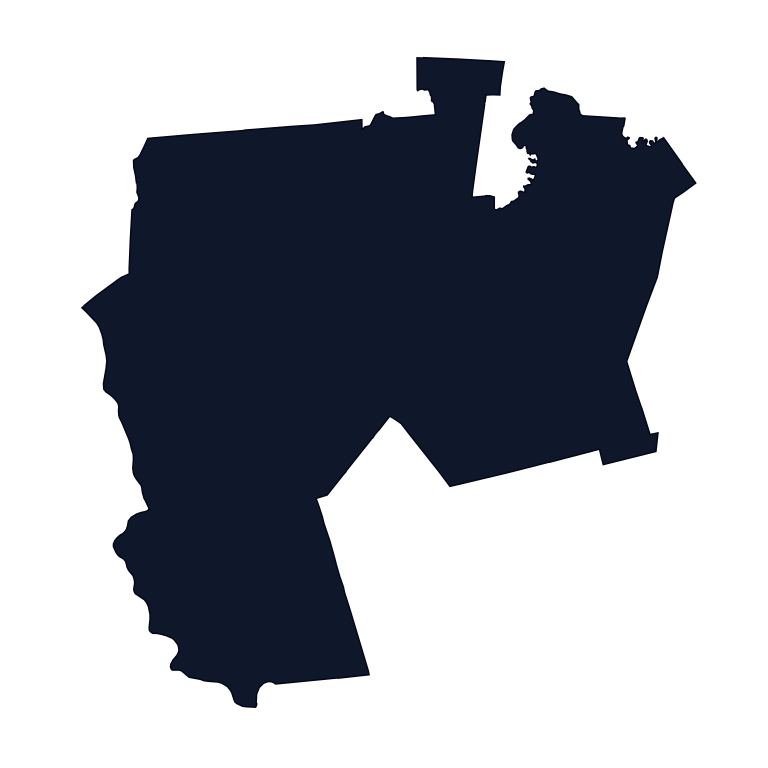 Sacosu Turcesc, Timis, Romania (Mercator projection), rotated 272°
{"feature_id": "2599482B45296566917183", "entity_name": "Sacosu Turcesc", "entity_type": "district", "adm_level": 2, "iso_a3": "ROU", "parent_name": "Romania", "parent_adm1": "Timis", "projection": "mercator", "projection_center": [21.404, 45.631], "detail": "fine", "context": "isolated", "style": "filled", "palette": "ink", "viewbox_px": 768, "rotation_deg": 272, "n_neighbors": 0, "source": "geoboundaries", "source_scale": "gbopen_adm2", "svg_char_len": 6114}
<svg xmlns="http://www.w3.org/2000/svg" viewBox="0 0 768 768"><g transform="rotate(272 384 384)"><path d="M639.8,654.4L639.0,653.9L638.3,652.1L637.3,650.5L636.1,650.0L635.7,649.6L635.6,649.2L635.7,648.6L636.4,648.1L639.4,648.2L639.9,647.9L639.9,646.9L639.0,646.3L635.4,647.2L634.5,647.3L633.8,646.7L633.9,645.7L636.2,643.8L636.4,642.6L636.3,641.7L635.6,641.0L634.1,641.1L632.4,642.5L631.2,642.9L630.4,642.6L630.2,642.0L631.3,638.1L631.6,637.7L632.8,637.6L635.6,638.6L637.3,638.1L637.7,637.6L637.7,636.7L636.3,635.6L635.8,634.4L636.4,633.7L638.4,634.5L638.8,634.3L639.1,633.6L639.1,631.1L638.7,630.6L634.8,629.2L634.5,627.6L634.1,627.5L633.5,627.7L631.7,629.2L630.7,629.1L628.3,626.5L628.1,625.1L628.3,624.2L628.3,622.9L628.9,622.0L631.0,621.2L631.1,619.8L632.1,618.9L635.6,618.3L636.5,618.5L638.0,620.4L638.6,620.4L639.2,619.1L637.9,617.6L638.1,616.6L639.4,614.4L641.6,612.9L643.7,612.9L649.2,613.8L649.8,614.4L651.1,614.7L657.9,615.6L658.2,615.2L657.9,611.6L659.0,573.0L660.6,570.6L664.3,569.6L664.8,569.1L670.3,568.8L670.6,568.0L677.3,561.9L677.8,560.9L679.4,554.7L679.5,552.9L680.2,549.1L681.7,543.6L682.5,537.4L685.2,533.7L684.4,530.8L683.2,529.8L682.7,528.8L682.2,525.6L681.2,524.9L676.7,523.9L676.1,521.3L675.6,520.6L674.9,520.3L673.2,520.6L670.9,521.4L669.5,520.5L668.9,520.4L667.3,521.8L664.7,522.6L662.5,524.3L660.7,523.8L659.1,524.2L658.7,523.5L658.3,520.8L657.7,519.9L652.9,515.5L650.0,512.0L649.2,510.5L647.7,508.9L645.0,506.4L642.8,504.7L637.6,503.3L633.2,503.7L631.3,504.4L627.6,507.9L624.9,509.8L624.2,511.1L624.2,512.5L625.0,514.1L626.8,515.0L627.5,516.2L627.4,516.9L627.1,517.5L626.1,518.0L624.8,517.9L623.7,518.8L621.2,518.9L619.6,519.6L619.4,521.1L619.1,521.6L618.0,522.2L619.4,523.3L619.2,524.4L619.6,527.1L619.4,527.7L618.8,528.3L614.1,530.4L613.6,530.3L612.5,529.4L612.1,528.6L612.1,528.0L612.7,527.2L614.0,526.9L613.9,526.4L613.1,525.4L613.0,524.7L614.5,521.8L614.5,521.0L614.2,520.8L612.7,522.7L611.4,523.2L610.9,524.2L610.3,524.7L610.1,525.2L610.7,527.0L610.8,527.8L610.0,528.9L609.3,529.6L608.5,529.7L606.1,529.1L605.6,528.2L606.4,526.5L605.8,523.7L606.7,522.4L606.8,521.9L606.7,521.2L606.0,520.5L600.8,518.7L600.4,518.9L599.9,519.7L600.5,521.4L600.5,522.0L599.3,523.2L598.9,524.6L598.8,527.1L598.3,527.8L597.8,528.0L596.3,527.6L594.0,526.8L593.2,526.3L593.2,525.2L594.0,524.2L594.8,522.2L594.5,520.9L593.8,520.9L591.8,523.3L590.6,524.0L588.9,524.2L588.2,523.2L588.2,521.6L587.9,520.4L586.5,518.1L586.7,516.8L585.9,516.7L585.0,517.5L583.2,518.4L581.1,518.1L580.6,517.7L580.5,516.6L581.3,514.7L581.4,513.4L581.3,513.0L580.5,511.8L579.5,511.7L577.8,512.4L576.3,512.4L575.0,512.1L573.0,510.5L573.6,510.3L571.3,507.5L570.8,505.0L567.9,503.4L566.5,500.3L563.6,496.8L563.3,495.5L563.7,493.9L563.7,493.4L562.0,490.8L562.0,489.5L562.6,488.1L574.7,487.7L575.8,483.3L575.8,479.9L575.1,477.3L573.7,465.5L573.9,465.5L579.2,465.7L602.6,468.0L663.0,474.4L666.9,474.8L668.4,474.7L670.2,475.3L673.5,475.5L673.8,475.7L676.3,475.6L676.9,482.4L676.9,489.7L684.9,489.8L700.8,491.6L710.2,493.0L710.6,481.2L711.3,445.6L711.5,412.0L711.1,411.9L711.1,405.6L679.4,406.9L678.4,407.4L679.4,408.9L680.1,411.6L680.1,412.6L679.5,413.5L679.2,414.8L680.0,417.5L678.2,419.0L677.2,419.6L674.4,420.3L673.1,421.4L671.8,421.6L669.1,421.6L667.9,422.3L667.8,423.4L665.3,424.6L654.8,426.0L653.2,412.7L652.8,410.1L651.1,397.1L649.9,383.5L651.4,380.2L652.3,376.8L653.3,374.7L654.1,374.0L655.6,373.8L655.9,373.6L656.0,373.2L653.9,369.9L653.1,366.8L651.6,365.8L643.5,362.1L642.0,361.1L641.3,360.0L640.4,356.1L637.6,353.4L637.5,353.1L647.4,352.6L640.5,305.8L638.2,282.9L633.5,241.7L632.9,236.2L632.3,234.1L626.7,184.6L621.2,139.4L612.9,136.0L604.4,132.2L602.4,130.9L601.3,129.8L599.6,126.6L598.7,125.9L591.6,126.4L583.7,128.4L576.3,129.6L576.2,130.2L571.1,130.6L567.0,130.4L562.6,132.3L560.7,132.6L558.9,132.4L557.7,131.5L555.9,129.3L554.1,128.6L551.8,128.3L549.9,127.0L549.4,126.1L521.8,125.5L490.1,125.3L485.2,125.6L481.5,118.0L478.8,114.3L463.2,94.5L452.1,81.8L451.3,81.3L449.6,79.5L445.6,84.0L435.0,94.8L430.7,97.6L424.0,100.3L418.4,101.9L413.4,102.6L402.8,105.4L397.2,106.2L389.7,105.7L374.6,103.6L369.0,104.2L366.4,106.4L363.9,110.4L360.7,114.4L357.2,117.6L355.0,119.0L352.2,119.8L348.3,119.6L343.3,120.1L341.1,120.8L336.2,123.5L320.5,130.7L316.1,132.4L310.3,133.9L305.1,135.8L300.3,136.2L290.7,135.9L285.8,136.8L283.5,137.8L280.5,139.7L274.1,144.9L271.8,145.6L267.4,146.3L261.1,148.3L258.9,149.7L251.6,153.4L250.1,153.2L249.1,151.9L248.1,149.9L247.3,146.4L245.7,141.9L242.3,136.5L241.7,135.9L238.3,133.4L232.9,132.6L229.3,131.5L226.5,129.4L224.8,127.5L224.1,126.0L222.6,124.3L220.6,122.3L218.1,120.5L215.0,119.2L212.0,119.3L206.8,121.8L203.8,124.0L202.4,125.6L200.1,129.8L198.2,131.6L196.7,132.3L192.1,133.6L189.7,134.8L187.6,136.3L183.7,139.9L180.0,141.2L177.9,141.6L175.6,141.7L170.5,141.1L168.8,141.3L166.6,142.2L165.5,143.2L160.1,152.0L157.4,154.3L153.2,156.4L145.6,158.2L140.6,158.4L132.4,157.8L129.4,158.2L127.5,160.2L126.8,161.6L126.8,166.0L126.1,170.2L124.8,175.5L122.5,181.4L120.9,183.3L116.2,187.2L111.4,188.4L109.0,188.1L105.5,186.5L100.8,182.8L96.4,180.7L93.8,180.5L91.6,181.4L91.1,181.8L90.7,183.1L91.0,188.4L90.4,191.5L84.3,199.3L84.0,200.4L82.5,210.6L81.2,214.4L80.7,220.2L80.4,228.2L79.4,232.3L76.1,238.1L72.2,241.5L69.5,242.9L63.3,245.1L61.1,246.1L59.5,248.1L57.1,253.6L56.7,256.9L56.5,267.0L58.9,267.9L59.8,268.0L59.8,267.4L69.6,267.5L76.3,269.9L80.4,273.7L81.4,275.5L82.6,278.6L82.5,282.3L81.2,285.1L80.4,286.0L88.6,347.5L88.4,348.2L92.9,379.2L96.2,378.5L156.9,358.0L174.3,351.8L179.7,350.5L189.7,346.6L201.2,342.8L207.5,341.0L224.9,335.5L242.4,328.9L249.1,327.0L259.8,323.1L267.3,320.1L271.1,331.1L292.0,346.5L294.6,348.7L296.6,349.8L329.3,374.0L330.2,375.0L333.1,376.6L338.9,381.3L352.1,390.9L348.7,396.9L345.0,402.6L334.0,411.7L298.5,441.9L284.0,453.5L299.5,510.0L311.9,552.4L311.7,552.5L326.4,601.6L311.1,605.9L326.1,658.1L344.7,659.5L342.8,651.6L369.6,642.2L370.4,641.7L386.3,635.7L415.0,625.7L472.7,644.0L500.4,653.4L526.2,657.5L575.5,666.6L579.9,667.8L586.3,676.6L595.7,688.5L614.1,674.2L614.5,674.2L639.3,655.3L639.0,655.1L639.8,654.4Z" fill="#0f172a" stroke="#020617" stroke-width="1.5"/></g></svg>